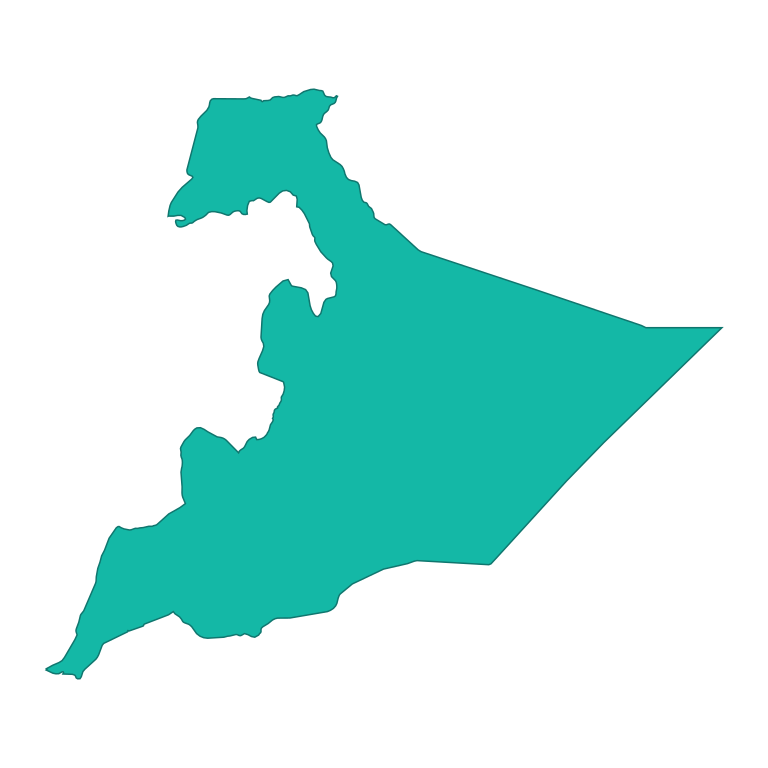 an SVG outline of Somali
{"feature_id": "ETH-3134", "entity_name": "Somali", "entity_type": "Administrative State", "adm_level": 1, "iso_a3": "ETH", "parent_name": "Ethiopia", "parent_adm1": "", "projection": "mercator", "projection_center": [42.488, 7.246], "detail": "fine", "context": "isolated", "style": "filled", "palette": "teal", "viewbox_px": 768, "rotation_deg": 0, "n_neighbors": 0, "source": "natural_earth", "source_scale": "10m", "svg_char_len": 6051}
<svg xmlns="http://www.w3.org/2000/svg" viewBox="0 0 768 768"><path d="M721.9,327.7L603.7,442.7L566.6,480.9L497.0,557.3L491.0,563.8L488.8,564.7L417.0,560.6L414.2,561.2L407.6,563.6L383.5,569.1L352.4,583.9L340.3,593.9L339.7,594.6L339.2,595.4L338.2,598.0L336.9,603.3L335.7,605.8L333.4,608.4L330.5,610.3L327.4,611.6L289.9,618.0L277.6,618.1L275.1,618.7L272.5,620.0L268.2,623.5L262.8,626.8L261.5,628.0L261.0,629.4L261.0,631.8L260.6,632.7L259.6,633.6L258.6,635.1L254.8,637.2L251.4,636.5L248.1,634.7L244.5,633.6L241.3,635.4L240.2,635.7L239.1,635.5L237.1,634.6L235.9,634.5L229.8,636.0L227.7,636.2L223.9,637.2L207.6,638.2L203.7,637.7L200.0,636.2L196.6,633.6L191.7,626.7L189.7,624.9L188.5,624.2L184.9,622.9L183.5,622.2L182.7,621.4L181.4,619.1L179.6,616.9L175.0,613.8L173.3,611.6L168.5,614.8L144.3,624.1L143.9,624.5L143.5,625.7L143.0,626.1L129.3,630.9L129.1,630.9L128.7,630.7L127.9,630.6L127.9,630.9L127.9,631.4L127.6,631.8L103.7,643.4L102.2,645.3L98.6,654.9L97.3,657.3L95.9,659.2L84.9,669.2L82.9,671.6L81.3,676.7L80.0,678.7L77.6,678.8L76.3,678.0L75.8,677.0L75.4,675.9L74.7,675.1L72.4,674.3L62.9,674.0L63.6,672.6L63.2,671.8L62.2,671.8L58.8,673.7L55.9,673.8L52.9,673.2L46.1,670.0L47.0,669.2L46.4,668.7L52.6,665.3L59.1,662.5L62.1,660.6L64.5,657.4L74.9,639.6L77.1,634.9L76.1,631.7L76.0,630.2L76.4,628.6L78.8,622.2L80.4,615.5L80.9,614.4L83.7,610.9L95.6,583.2L96.1,581.2L96.3,576.7L97.8,568.4L100.0,562.1L101.6,555.9L104.5,550.3L109.1,538.2L116.3,527.8L118.0,526.6L119.1,526.5L121.3,527.8L124.0,528.9L129.5,530.0L131.1,529.8L135.0,528.4L135.6,528.3L137.6,528.4L139.9,527.9L143.1,527.6L148.7,526.3L152.3,526.3L152.9,526.0L153.5,525.7L155.4,525.3L156.8,524.7L168.8,513.9L179.8,507.7L185.4,503.6L182.7,497.1L182.2,495.1L182.0,492.9L182.1,486.8L181.0,472.2L181.6,468.3L182.1,466.4L182.3,464.4L182.4,462.5L182.3,460.5L182.0,458.9L181.3,457.2L180.9,455.4L181.1,452.2L180.5,448.6L181.0,446.9L184.0,441.5L185.2,439.9L189.7,435.5L193.4,430.5L195.0,429.0L196.9,427.9L200.5,427.7L204.2,429.4L207.8,431.8L217.2,436.9L221.0,437.5L222.9,438.1L224.6,439.0L226.2,440.2L238.6,452.8L239.4,451.1L240.6,450.0L243.5,448.1L244.6,446.7L247.2,441.5L249.3,439.3L252.6,437.4L255.6,437.1L256.7,439.6L258.6,439.5L260.4,439.1L262.1,438.4L263.7,437.5L264.3,437.1L266.2,435.1L266.8,434.3L267.2,433.6L267.4,433.0L268.4,431.5L269.1,430.0L270.5,424.7L272.6,421.6L273.3,419.8L272.5,418.4L273.2,417.4L273.3,416.6L273.1,414.9L273.2,414.1L273.9,412.8L274.1,412.3L274.4,410.3L275.2,409.2L277.7,407.9L277.5,406.9L277.9,406.3L278.4,405.9L278.7,405.5L278.9,405.5L279.8,403.1L280.8,401.6L281.2,400.7L281.4,399.7L281.3,398.0L281.3,397.2L281.6,396.6L283.1,394.2L284.2,390.7L284.6,387.1L283.6,382.3L283.1,381.7L259.8,372.5L259.1,371.4L258.5,369.1L257.8,365.0L257.7,363.3L257.9,361.8L259.0,358.7L262.5,350.8L263.8,346.5L263.3,343.2L262.0,340.9L261.3,339.1L261.0,337.2L262.1,318.6L262.8,314.3L264.4,310.6L268.6,304.6L269.5,302.5L269.7,300.5L269.2,296.0L269.8,294.1L272.7,290.4L275.9,287.1L283.0,281.0L288.1,279.6L291.1,285.1L292.1,286.1L301.3,287.8L305.6,289.6L307.9,292.9L310.1,305.7L311.4,309.7L313.3,313.3L315.5,316.1L318.1,316.6L320.8,313.5L323.9,302.3L325.9,299.4L327.5,298.5L334.2,296.8L335.5,295.8L336.0,294.0L336.1,291.9L336.8,288.2L336.8,286.1L336.6,284.0L336.2,282.1L335.4,280.6L331.5,276.6L330.7,273.1L333.1,265.9L332.5,262.9L331.1,261.5L327.7,259.1L326.2,257.7L320.9,251.9L316.3,244.4L314.9,241.4L314.7,240.0L314.9,237.9L314.6,237.3L313.2,235.9L312.3,234.4L309.8,227.1L309.6,225.9L309.5,224.2L309.3,223.5L304.4,213.7L301.9,210.1L299.1,207.3L296.7,206.8L297.2,199.3L296.3,196.0L293.2,195.1L290.3,191.8L286.6,190.4L282.7,190.9L279.2,193.2L270.4,202.1L269.0,202.4L267.0,201.6L261.1,198.4L259.1,197.9L257.2,198.3L253.5,200.7L252.0,200.6L249.3,201.3L247.6,205.5L246.9,210.7L247.3,214.1L245.4,214.5L243.4,214.4L241.8,213.6L240.7,212.0L239.7,211.0L238.0,210.7L236.1,210.9L234.3,211.3L232.8,212.1L230.1,214.5L228.8,215.2L227.1,215.1L221.3,213.0L215.0,211.7L211.8,211.6L208.8,212.3L208.0,212.9L206.0,215.0L204.3,216.3L202.7,217.4L200.9,218.2L197.3,219.5L195.7,220.4L194.2,221.4L192.8,222.6L192.1,223.0L191.3,223.1L190.4,223.1L189.6,223.3L188.8,223.7L186.4,225.3L183.1,226.5L181.2,226.9L179.6,226.9L177.9,226.4L176.8,225.3L176.1,223.7L175.6,221.7L175.9,220.2L177.3,220.0L180.7,220.7L182.6,220.6L184.5,220.1L185.5,219.1L184.8,217.5L181.1,215.4L177.6,215.4L173.9,216.1L169.6,216.1L168.8,216.0L168.1,216.3L168.8,211.0L170.1,205.4L171.3,202.5L178.0,192.0L182.2,187.3L191.8,179.0L192.9,177.3L192.2,176.2L188.9,174.8L187.6,173.7L187.0,171.8L186.9,169.9L197.9,127.8L197.9,125.7L197.4,122.5L197.6,121.0L198.3,119.4L200.9,116.2L206.8,110.4L208.9,106.9L209.4,104.9L209.7,102.8L210.3,100.8L211.8,99.2L213.5,98.7L243.8,98.9L246.0,98.7L247.4,98.1L248.7,97.3L249.6,97.0L250.1,97.7L252.0,98.4L261.0,100.3L261.2,100.7L261.4,101.1L261.9,101.5L262.6,101.6L263.0,101.3L263.3,100.9L263.8,100.7L268.1,100.5L270.2,100.0L272.6,97.6L274.6,96.9L278.8,96.5L282.7,97.4L284.2,97.4L285.2,97.1L287.9,95.9L288.5,95.8L289.9,95.9L290.6,95.8L293.0,95.0L294.8,95.2L295.9,95.6L297.1,95.7L298.7,94.9L303.8,91.6L310.6,89.5L314.1,89.2L319.5,90.5L321.3,90.6L322.8,91.1L324.7,95.3L326.0,96.4L327.7,96.8L330.8,97.1L332.7,97.7L333.7,97.8L334.8,97.4L335.6,96.5L336.4,95.8L337.5,96.3L336.6,97.9L335.8,101.1L335.2,102.4L334.0,103.5L330.8,104.8L329.6,106.0L329.0,107.6L328.7,108.8L328.2,110.0L327.0,111.3L324.3,113.5L323.4,114.8L322.7,116.6L322.0,119.8L321.4,121.3L320.5,122.6L319.0,123.4L317.5,123.9L316.5,124.6L316.6,126.3L318.1,129.7L320.2,132.9L324.4,137.0L325.5,138.6L326.4,140.7L327.3,147.7L328.8,152.7L330.9,157.4L332.9,159.8L340.2,164.6L342.0,166.4L343.3,168.7L344.3,171.2L344.9,173.8L346.4,177.3L348.5,179.5L351.3,180.6L354.7,181.2L357.6,182.5L359.0,185.0L361.2,197.3L362.3,200.3L363.9,202.2L366.0,202.7L366.6,203.0L367.3,203.8L368.1,205.4L368.6,206.3L369.3,206.9L370.8,208.0L371.5,208.6L373.2,212.1L373.7,213.5L373.9,216.1L374.2,217.6L375.2,218.8L385.0,224.7L386.4,224.8L388.3,224.1L389.5,224.0L390.6,224.6L418.2,249.9L421.2,251.7L534.5,289.3L553.7,295.8L641.4,325.5L645.9,327.7L721.9,327.7Z" fill="#14b8a6" stroke="#0f766e" stroke-width="1.5"/></svg>